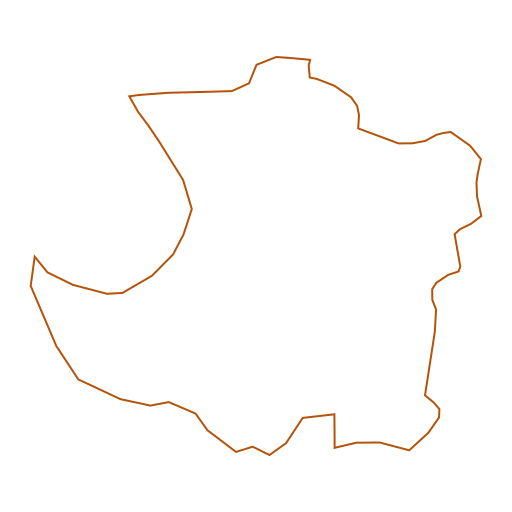 outline of Aparan, Aragatsotn, Armenia
{"feature_id": "60910142B24398064358577", "entity_name": "Aparan", "entity_type": "district", "adm_level": 2, "iso_a3": "ARM", "parent_name": "Armenia", "parent_adm1": "Aragatsotn", "projection": "equal_earth", "projection_center": [44.404, 40.525], "detail": "fine", "context": "isolated", "style": "outline", "palette": "amber", "viewbox_px": 512, "rotation_deg": 0, "n_neighbors": 0, "source": "geoboundaries", "source_scale": "gbopen_adm2", "svg_char_len": 1099}
<svg xmlns="http://www.w3.org/2000/svg" viewBox="0 0 512 512"><path d="M310.1,59.8L292.7,58.2L276.2,57.0L256.5,64.8L249.0,83.3L231.8,91.1L204.5,91.9L167.5,92.8L138.9,95.0L129.3,96.3L138.1,111.9L148.1,125.2L159.5,142.1L183.1,180.0L191.8,209.0L183.5,234.5L173.1,254.4L152.0,275.7L122.5,292.9L107.0,293.8L73.0,284.9L47.5,272.4L34.7,256.7L33.1,268.4L30.7,285.9L56.3,346.0L78.3,379.4L120.3,399.1L150.4,405.6L168.8,402.1L195.6,413.6L207.5,430.3L236.0,451.9L252.7,446.7L269.5,455.0L286.1,443.1L302.7,417.9L334.4,414.3L334.6,439.5L334.6,447.8L356.3,442.7L379.7,442.5L409.2,450.3L428.5,432.6L439.0,417.5L439.4,409.1L433.9,402.7L425.0,395.3L428.6,372.1L434.8,331.8L436.1,309.6L432.3,299.9L432.2,289.2L436.4,282.7L448.3,274.8L458.5,271.5L459.6,268.4L460.3,266.6L454.6,234.2L460.1,229.1L470.7,224.0L481.3,216.0L477.0,196.2L476.5,182.3L477.8,173.5L480.9,159.1L470.2,145.8L450.7,132.0L443.8,132.9L436.4,134.8L425.3,140.9L412.4,143.3L398.5,143.4L358.2,128.4L359.0,115.2L357.1,105.9L351.0,97.2L334.3,85.7L316.7,78.9L309.7,77.5L309.5,74.8L308.7,65.5L310.1,59.8Z" fill="none" stroke="#b45309" stroke-width="2"/></svg>